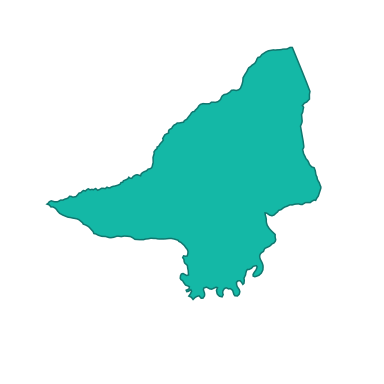 outline of Alto Taquari, Mato Grosso, Brazil, rotated 253°
{"feature_id": "56859067B17966611990253", "entity_name": "Alto Taquari", "entity_type": "district", "adm_level": 2, "iso_a3": "BRA", "parent_name": "Brazil", "parent_adm1": "Mato Grosso", "projection": "robinson", "projection_center": [-53.322, -17.773], "detail": "fine", "context": "isolated", "style": "filled", "palette": "teal", "viewbox_px": 384, "rotation_deg": 253, "n_neighbors": 0, "source": "geoboundaries", "source_scale": "gbopen_adm2", "svg_char_len": 5217}
<svg xmlns="http://www.w3.org/2000/svg" viewBox="0 0 384 384"><g transform="rotate(253 192 192)"><path d="M224.8,316.3L226.4,317.5L227.7,318.1L234.0,319.4L236.1,321.3L238.3,322.3L240.4,323.5L242.4,322.8L243.1,324.0L244.1,325.3L244.5,328.0L245.8,330.2L246.5,331.5L251.0,332.8L253.7,334.2L262.6,333.6L265.0,333.4L274.6,332.6L300.9,330.2L301.6,328.0L301.0,324.9L301.4,322.9L302.0,320.9L302.1,319.0L302.5,317.0L303.0,315.1L303.4,313.0L304.1,311.4L304.3,309.8L304.5,308.1L304.7,306.2L304.3,303.4L303.6,301.2L303.0,299.0L302.1,297.8L301.2,296.3L301.4,294.5L300.2,293.0L298.7,291.9L297.0,290.1L296.2,288.2L295.8,286.6L294.9,284.9L294.2,282.6L292.7,281.0L291.6,280.1L290.4,278.8L289.2,277.3L287.6,275.6L286.3,274.2L284.6,273.6L282.9,272.9L280.0,271.1L278.6,269.9L277.0,268.6L276.1,266.6L276.1,264.0L277.3,261.7L277.7,259.5L276.5,257.5L276.0,255.8L275.5,253.7L275.8,251.2L275.0,249.0L273.9,247.8L272.5,246.7L271.7,245.6L270.8,243.2L270.9,240.5L271.6,238.8L272.2,236.8L271.3,234.7L271.7,233.0L272.2,231.2L273.3,228.4L273.3,225.7L272.3,223.6L271.0,222.3L270.0,220.6L269.3,219.0L268.3,218.0L268.5,216.1L267.8,214.5L266.5,213.1L265.4,211.4L264.4,210.0L263.1,208.3L262.5,205.6L261.2,204.3L261.5,202.3L261.7,200.0L262.3,198.0L261.5,196.2L261.3,194.5L260.2,192.6L258.8,191.2L258.3,188.5L257.2,187.4L255.3,186.9L255.0,184.6L254.6,182.7L253.3,181.3L251.7,179.6L250.0,179.7L249.0,178.4L248.3,177.1L247.2,175.4L245.4,173.4L245.2,171.7L243.7,171.3L243.0,169.3L241.5,167.4L239.7,167.0L237.8,165.7L236.4,164.8L234.4,164.3L231.5,163.5L229.5,162.2L228.2,161.5L226.9,160.4L226.5,158.6L226.7,156.7L225.6,154.8L225.4,152.2L224.9,150.1L224.1,148.6L222.5,147.6L223.7,146.0L224.6,144.5L224.7,142.8L224.1,140.4L222.7,138.4L223.3,136.7L224.6,135.9L223.5,134.7L223.1,133.1L222.9,131.2L222.8,129.7L221.6,128.6L221.8,126.8L220.5,125.5L220.2,123.3L220.2,121.3L220.2,119.8L220.5,118.2L220.4,116.2L219.9,114.7L220.5,113.2L221.5,112.1L220.6,110.0L221.5,108.2L222.0,106.5L221.5,104.8L221.2,102.3L223.5,100.9L223.0,98.3L223.8,97.1L223.9,95.2L225.4,93.7L225.0,92.2L224.1,90.3L225.2,88.6L224.7,87.2L223.8,85.5L224.0,83.7L222.7,81.8L221.5,79.7L221.9,76.5L223.2,75.1L223.7,73.6L222.7,72.2L222.3,70.5L222.4,68.4L222.0,66.1L222.7,64.0L222.2,62.0L222.0,60.5L222.8,57.8L223.6,56.5L224.7,54.8L224.4,52.7L223.3,51.2L222.8,49.8L221.3,51.8L219.0,52.7L218.3,54.8L216.7,56.3L215.0,57.3L213.0,57.9L210.3,59.2L207.7,61.7L205.8,64.0L204.2,66.0L203.0,68.5L201.9,70.4L201.0,72.2L199.8,74.4L198.3,76.0L194.5,78.4L193.1,78.6L191.7,80.5L189.8,82.4L188.4,83.4L185.1,84.9L183.0,85.9L181.0,86.0L180.0,87.8L178.1,89.7L176.7,91.7L175.9,93.0L174.7,96.4L172.6,99.5L172.0,101.1L171.6,103.8L171.7,107.2L171.3,108.7L170.0,111.3L169.7,114.3L168.7,117.0L168.0,118.6L167.4,120.1L165.6,121.9L163.4,123.6L161.7,128.1L160.6,131.8L160.6,133.9L160.1,136.3L159.8,139.3L158.9,141.5L158.1,143.9L157.1,145.7L156.3,148.0L155.9,149.5L155.4,151.0L154.9,153.1L154.3,156.3L153.7,158.5L152.2,161.3L151.1,162.9L150.0,164.5L148.6,165.0L147.0,166.7L143.1,169.0L140.6,169.8L138.4,170.7L136.3,170.8L134.4,170.1L132.3,168.8L132.4,167.1L133.4,165.3L132.0,163.9L129.8,164.6L128.3,164.2L126.3,164.2L123.1,166.1L120.4,165.6L118.0,165.4L115.9,164.9L113.7,164.4L113.7,162.5L116.7,159.6L116.7,157.9L115.4,156.6L112.9,155.5L111.5,155.8L109.9,157.1L107.5,157.7L104.9,158.6L103.6,160.3L102.2,161.8L100.2,160.8L99.8,157.7L98.2,157.9L98.0,159.5L98.9,162.3L97.2,162.6L94.9,160.5L93.4,158.5L91.7,160.4L90.5,161.0L88.9,161.6L90.2,164.0L90.7,166.1L90.7,168.4L87.7,169.7L87.3,171.5L89.0,173.6L90.5,174.2L91.9,174.4L93.9,174.3L95.5,174.4L96.7,175.2L96.8,178.0L95.4,179.5L94.2,180.6L93.3,182.4L93.9,187.2L93.1,188.4L90.7,186.6L87.3,186.3L85.8,186.9L84.3,187.8L82.9,190.1L84.7,191.8L86.5,191.8L88.5,192.7L90.2,194.8L90.4,196.7L88.6,198.7L88.4,200.4L86.0,202.1L81.9,202.1L80.3,202.6L79.3,205.0L80.5,207.3L82.7,208.6L84.9,208.6L88.1,207.6L89.9,207.5L92.6,208.1L93.6,210.0L93.1,212.1L91.0,213.0L88.8,213.6L89.5,215.0L92.3,216.2L94.4,216.5L97.0,218.9L98.8,219.8L100.8,221.1L101.7,222.3L101.2,224.0L101.7,226.6L102.9,228.6L103.0,230.3L102.7,232.0L101.4,232.4L99.9,231.4L98.8,230.5L96.7,227.7L95.3,226.3L93.7,225.9L92.6,227.3L92.6,229.4L92.8,231.7L94.2,234.6L96.8,237.0L99.4,238.0L101.0,238.4L102.7,238.4L104.1,238.3L107.4,237.7L109.1,237.6L111.1,238.0L112.6,239.0L113.6,240.6L114.3,243.0L115.9,244.2L116.8,245.3L117.2,248.5L117.5,250.3L118.1,251.8L119.0,253.4L119.3,255.5L120.5,257.2L121.9,258.1L124.6,258.3L127.1,259.1L131.5,256.6L134.4,255.2L138.1,254.2L140.6,254.2L142.4,254.5L144.2,255.1L146.2,255.3L149.0,255.4L150.7,255.8L149.9,257.3L148.5,258.4L147.2,259.5L145.9,261.5L146.0,263.7L147.3,266.4L148.0,268.1L149.1,269.4L149.1,272.1L149.9,274.1L150.5,276.2L150.6,278.8L151.1,281.8L150.3,284.2L150.3,286.7L149.8,289.1L149.4,290.6L148.4,292.1L147.8,293.7L148.2,295.3L148.7,297.4L148.0,299.8L147.3,302.0L148.1,303.9L148.6,306.4L147.8,307.8L149.6,309.5L151.2,311.6L157.8,316.2L159.1,316.7L161.4,316.5L163.8,316.4L165.6,315.9L167.6,315.6L169.9,315.9L171.3,315.6L172.9,315.6L174.7,315.9L176.5,316.1L179.5,315.9L181.0,313.8L183.9,312.4L186.3,312.2L188.3,311.8L190.6,310.7L192.7,310.5L196.1,309.9L197.8,310.1L200.3,310.2L201.8,311.8L203.1,312.3L207.9,313.1L223.3,315.0L224.8,316.3Z" fill="#14b8a6" stroke="#0f766e" stroke-width="1.5"/></g></svg>